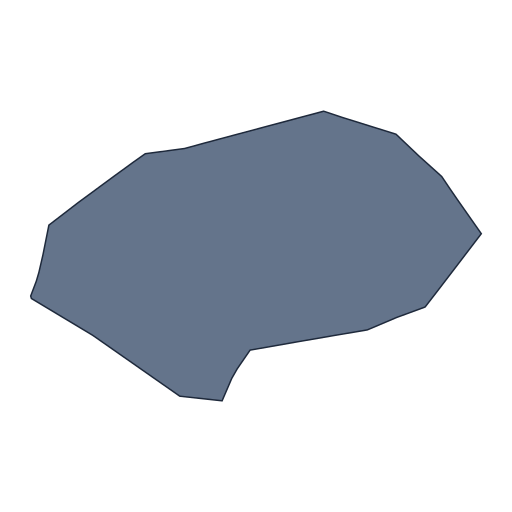 Herlen, Dornod, Mongolia (Natural Earth projection)
{"feature_id": "93677404B55540968795469", "entity_name": "Herlen", "entity_type": "district", "adm_level": 2, "iso_a3": "MNG", "parent_name": "Mongolia", "parent_adm1": "Dornod", "projection": "natural_earth1", "projection_center": [114.567, 48.063], "detail": "fine", "context": "isolated", "style": "filled", "palette": "slate", "viewbox_px": 512, "rotation_deg": 0, "n_neighbors": 0, "source": "geoboundaries", "source_scale": "gbopen_adm2", "svg_char_len": 590}
<svg xmlns="http://www.w3.org/2000/svg" viewBox="0 0 512 512"><path d="M30.7,296.0L31.4,298.5L92.7,335.3L179.8,396.2L222.1,400.8L231.8,378.3L237.3,368.7L250.1,350.1L296.3,342.0L334.1,335.5L367.3,329.9L396.8,317.4L405.3,314.3L425.1,307.0L437.1,291.5L455.1,268.0L481.3,233.7L457.4,199.6L449.7,188.4L441.7,176.5L418.7,155.8L396.0,134.2L342.5,117.5L323.6,111.2L265.9,126.6L219.2,139.1L210.4,141.5L205.0,142.9L184.6,148.5L145.3,153.7L134.1,161.6L115.4,175.2L78.3,202.5L55.8,219.8L48.9,225.1L43.0,254.6L38.9,272.4L36.3,281.2L30.7,296.0Z" fill="#64748b" stroke="#1e293b" stroke-width="1.5"/></svg>